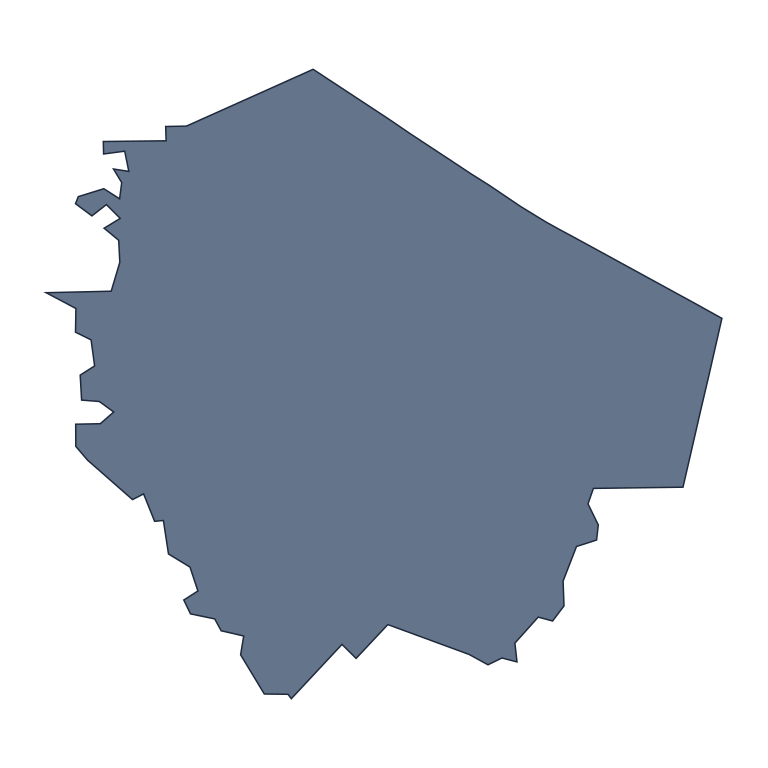 outline of Fort Bend, Texas, United States of America
{"feature_id": "52423323B41825478999592", "entity_name": "Fort Bend", "entity_type": "district", "adm_level": 2, "iso_a3": "USA", "parent_name": "United States of America", "parent_adm1": "Texas", "projection": "robinson", "projection_center": [-95.832, 29.525], "detail": "fine", "context": "isolated", "style": "filled", "palette": "slate", "viewbox_px": 768, "rotation_deg": 0, "n_neighbors": 0, "source": "geoboundaries", "source_scale": "gbopen_adm2", "svg_char_len": 1160}
<svg xmlns="http://www.w3.org/2000/svg" viewBox="0 0 768 768"><path d="M291.3,698.7L342.0,644.4L356.1,658.4L387.8,624.6L469.2,654.5L488.0,664.8L501.9,658.0L517.0,661.9L514.9,643.1L538.2,617.1L552.6,621.0L564.0,605.9L563.1,581.1L576.5,546.5L596.6,540.0L598.3,524.9L588.0,503.9L593.4,488.4L683.0,487.2L695.4,433.4L699.6,415.0L702.6,402.2L709.0,375.0L721.9,318.4L699.3,305.8L572.2,236.3L560.6,230.1L546.1,222.1L545.3,221.6L520.8,206.6L490.0,185.8L471.0,173.8L454.5,162.9L453.2,162.0L410.5,133.9L389.1,119.3L327.1,78.5L313.1,69.3L186.4,126.1L165.7,126.5L166.1,140.8L103.3,141.5L103.6,154.0L124.7,151.2L128.8,171.4L113.5,169.0L121.7,182.6L119.6,198.8L103.8,188.7L78.3,196.6L75.5,203.7L91.9,215.9L106.4,204.6L120.2,218.4L104.1,228.2L118.7,240.3L119.8,262.3L111.2,291.2L46.1,292.7L75.9,308.5L75.5,332.2L91.1,339.9L94.6,365.9L80.2,375.1L81.6,400.1L99.3,401.5L113.7,412.0L100.3,423.7L75.7,424.2L75.8,446.4L87.6,460.2L132.5,499.6L143.6,493.9L154.6,521.3L163.4,520.5L168.5,554.0L190.0,567.1L197.9,591.0L183.8,600.0L190.5,613.9L214.7,618.9L221.2,630.8L243.7,636.0L240.6,654.8L264.3,694.0L288.0,694.3L291.3,698.7Z" fill="#64748b" stroke="#1e293b" stroke-width="1.5"/></svg>